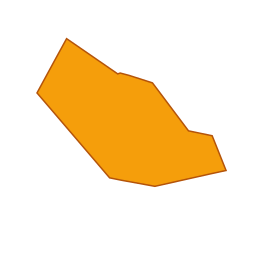 Francisco Ayres, Piauí, Brazil, rotated 308°
{"feature_id": "56859067B91731828808481", "entity_name": "Francisco Ayres", "entity_type": "district", "adm_level": 2, "iso_a3": "BRA", "parent_name": "Brazil", "parent_adm1": "Piauí", "projection": "equal_earth", "projection_center": [-42.712, -6.678], "detail": "fine", "context": "isolated", "style": "filled", "palette": "amber", "viewbox_px": 256, "rotation_deg": 308, "n_neighbors": 0, "source": "geoboundaries", "source_scale": "gbopen_adm2", "svg_char_len": 406}
<svg xmlns="http://www.w3.org/2000/svg" viewBox="0 0 256 256"><g transform="rotate(308 128 128)"><path d="M77.4,144.2L83.0,155.4L98.6,185.1L142.5,221.1L145.0,223.2L154.9,231.4L173.7,199.1L163.0,177.4L171.5,145.9L174.3,135.6L178.6,119.5L170.1,96.4L166.5,88.0L164.3,86.6L160.6,24.6L136.8,28.5L99.6,34.7L97.7,44.2L97.3,46.2L89.4,85.2L77.4,144.2Z" fill="#f59e0b" stroke="#b45309" stroke-width="1.5"/></g></svg>